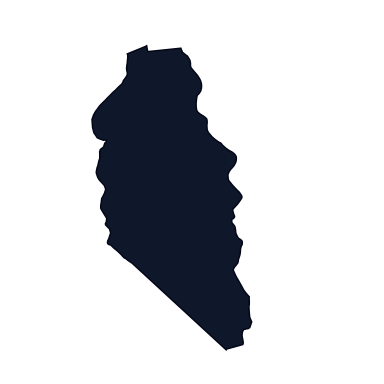 Londonderry, Choiseul, Saint Lucia (orthographic projection), rotated 134°
{"feature_id": "8701671B35578223598548", "entity_name": "Londonderry", "entity_type": "district", "adm_level": 2, "iso_a3": "LCA", "parent_name": "Saint Lucia", "parent_adm1": "Choiseul", "projection": "orthographic", "projection_center": [-61.014, 13.777], "detail": "fine", "context": "isolated", "style": "filled", "palette": "ink", "viewbox_px": 384, "rotation_deg": 134, "n_neighbors": 0, "source": "geoboundaries", "source_scale": "gbopen_adm2", "svg_char_len": 3597}
<svg xmlns="http://www.w3.org/2000/svg" viewBox="0 0 384 384"><g transform="rotate(134 192 192)"><path d="M104.2,270.3L103.9,273.5L103.7,275.5L103.3,278.8L102.6,280.4L100.2,282.8L98.6,285.2L98.1,287.1L97.4,289.7L97.8,292.1L98.0,295.1L98.4,295.9L97.8,296.6L97.4,297.4L97.0,298.5L96.3,299.9L121.8,321.4L118.3,326.2L120.2,326.8L137.6,334.5L138.2,333.3L140.3,331.3L140.8,330.9L142.1,329.9L143.2,329.0L144.6,327.9L145.6,327.2L146.9,326.2L148.3,325.2L149.5,323.8L150.4,322.6L150.7,322.0L151.9,320.6L152.8,319.9L156.2,319.1L158.4,318.9L159.6,318.7L161.8,317.7L163.6,317.5L165.8,317.7L168.8,317.8L172.0,317.8L175.6,318.1L179.6,318.1L182.9,318.2L186.6,318.1L188.5,318.2L192.6,318.3L195.0,318.2L198.7,317.6L200.9,317.4L205.0,316.3L209.3,314.3L213.1,310.1L214.7,308.3L217.6,303.5L218.0,301.4L218.8,297.8L217.6,294.5L217.1,293.6L216.3,291.6L215.9,291.4L214.1,289.7L215.3,288.6L216.9,288.7L217.6,288.6L220.6,287.1L222.0,286.9L223.1,287.2L224.3,287.4L225.2,287.4L227.2,286.4L227.4,286.2L229.2,284.3L231.6,282.0L232.2,281.6L234.8,280.3L238.3,278.1L240.6,277.1L243.6,275.1L244.7,274.2L246.5,270.9L247.1,269.4L247.7,267.2L248.0,262.6L248.2,259.6L250.0,255.9L251.6,255.2L252.9,254.4L256.5,253.2L258.0,252.8L259.3,252.5L259.5,252.3L261.1,251.2L262.7,249.9L264.3,248.9L266.3,247.2L267.3,245.9L268.2,242.7L268.7,240.8L269.4,238.0L270.2,235.0L273.0,232.9L274.9,232.3L275.7,231.3L275.8,228.6L275.9,225.6L278.0,222.0L280.5,220.9L283.0,219.6L285.8,218.6L287.0,217.8L287.7,216.8L287.6,215.6L286.6,213.5L286.6,211.9L286.6,211.1L286.6,208.7L286.4,207.3L286.2,204.0L286.2,199.4L286.5,195.7L286.2,194.3L285.9,193.4L285.6,190.0L284.8,185.7L284.8,185.0L281.8,57.8L280.9,58.0L266.4,49.5L264.8,50.4L262.1,54.1L261.2,55.4L260.6,56.2L260.0,56.7L258.7,57.8L258.0,58.3L256.9,58.8L255.6,59.2L254.9,59.4L254.2,58.7L253.1,58.1L251.9,57.3L251.5,56.8L249.4,56.3L246.8,57.5L244.0,58.8L242.4,62.6L242.0,63.5L240.7,65.0L239.8,66.1L237.0,69.2L235.3,71.0L234.6,71.7L233.8,72.2L233.1,72.7L231.6,74.1L230.4,75.3L230.2,75.5L229.4,76.4L229.1,76.8L228.6,77.2L227.6,78.0L227.5,79.9L227.2,83.1L227.0,84.2L226.7,86.4L225.9,88.9L225.1,91.4L224.4,93.8L223.4,97.1L222.6,100.0L221.7,102.8L220.8,105.0L219.8,107.6L218.8,108.6L216.9,109.2L213.5,109.5L211.6,109.7L210.0,110.4L208.1,111.8L205.6,113.0L203.7,114.0L201.6,115.5L199.7,117.2L197.7,118.5L194.7,119.6L193.1,121.0L192.4,122.2L192.5,124.5L192.9,125.8L192.9,127.3L192.3,129.0L191.3,131.6L190.3,132.9L189.0,134.4L187.3,136.7L186.8,138.1L186.6,140.2L186.4,141.9L185.2,143.4L183.7,144.3L182.3,143.8L180.8,143.9L180.1,144.3L179.6,145.0L179.4,145.7L178.7,147.1L177.7,148.8L176.8,150.2L175.2,150.8L173.6,150.7L172.9,150.8L169.9,150.8L167.2,151.1L164.3,151.5L161.7,152.1L160.9,152.6L160.7,152.8L160.0,154.1L159.7,156.0L159.3,157.6L159.3,159.7L159.3,159.9L159.3,161.3L159.1,165.3L158.9,168.3L158.6,170.5L158.4,172.6L158.0,174.1L156.7,175.9L154.5,178.3L151.3,179.5L148.7,179.9L147.2,179.9L145.8,180.0L144.1,180.1L141.3,180.8L139.4,181.6L137.6,182.9L136.2,184.3L135.6,185.4L135.2,187.3L135.2,189.0L135.5,191.3L136.1,193.2L136.6,195.5L137.0,198.3L137.1,201.6L137.1,202.8L136.8,205.0L136.9,205.7L137.5,207.3L137.8,209.0L138.2,212.3L138.3,214.1L138.4,216.1L138.1,218.6L138.0,220.4L137.7,221.9L137.1,223.4L136.3,224.8L135.2,226.0L133.5,227.8L132.3,228.7L130.8,230.0L129.6,231.5L129.1,232.6L129.2,234.3L129.4,236.4L129.8,237.9L130.2,239.8L130.4,241.2L130.5,243.6L129.9,245.5L127.9,248.1L125.3,250.7L122.9,252.6L120.7,254.3L118.6,255.4L116.7,255.3L113.5,255.8L110.8,257.3L108.7,259.1L107.2,261.0L106.0,263.2L105.2,265.4L104.6,268.0L104.2,270.0L104.2,270.3Z" fill="#0f172a" stroke="#020617" stroke-width="1.5"/></g></svg>